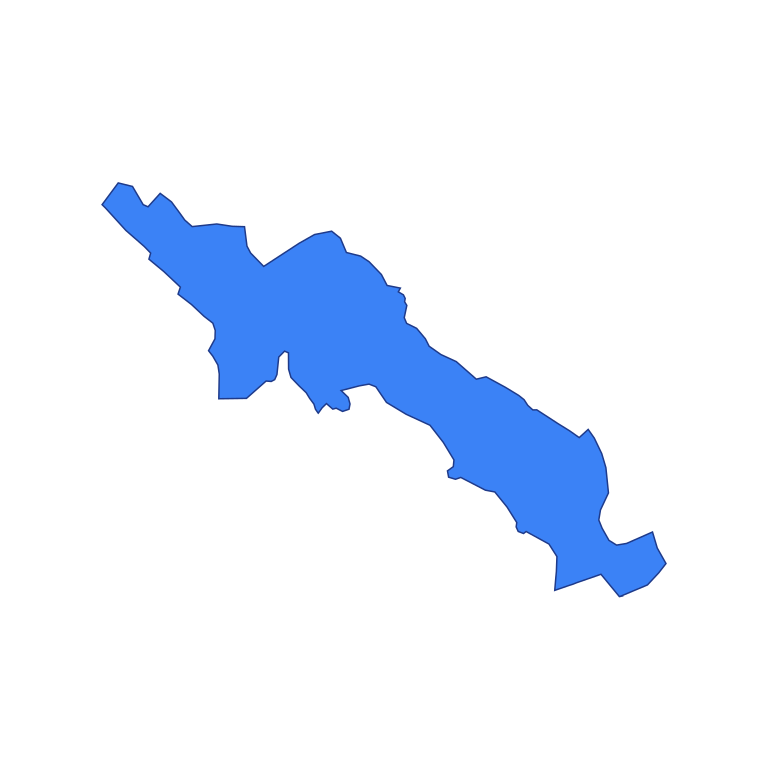 Medani Al Kubra, Gezira, Sudan, rotated 338°
{"feature_id": "16777658B51514444411297", "entity_name": "Medani Al Kubra", "entity_type": "district", "adm_level": 2, "iso_a3": "SDN", "parent_name": "Sudan", "parent_adm1": "Gezira", "projection": "mercator", "projection_center": [33.605, 14.33], "detail": "fine", "context": "isolated", "style": "filled", "palette": "blue", "viewbox_px": 768, "rotation_deg": 338, "n_neighbors": 0, "source": "geoboundaries", "source_scale": "gbopen_adm2", "svg_char_len": 1922}
<svg xmlns="http://www.w3.org/2000/svg" viewBox="0 0 768 768"><g transform="rotate(338 384 384)"><path d="M465.0,639.3L480.2,640.1L484.1,640.4L488.0,640.4L513.9,641.7L522.6,669.3L526.6,670.0L523.0,669.4L553.0,669.0L568.0,662.0L578.2,656.1L575.9,638.5L577.5,621.8L549.2,622.7L539.3,620.5L534.0,613.2L532.2,599.4L532.2,590.6L537.5,581.9L551.3,569.1L558.4,544.7L559.8,530.1L558.7,512.9L556.3,502.6L544.9,506.8L538.6,497.0L530.4,485.8L516.0,465.2L512.3,463.8L509.3,457.7L508.0,451.0L504.6,445.0L495.2,432.4L481.4,415.6L471.4,414.1L459.4,390.3L456.2,386.9L447.8,378.0L440.0,365.9L439.3,357.6L435.1,344.6L427.7,336.3L427.6,330.1L434.6,319.7L433.9,315.5L435.7,312.6L435.4,308.6L431.8,303.9L435.1,301.2L423.8,293.8L422.6,281.5L416.0,265.1L410.3,256.7L398.4,248.0L398.2,232.5L392.7,222.7L375.6,219.4L358.2,221.7L316.5,229.9L309.4,212.6L308.6,204.8L313.6,185.9L302.3,180.9L288.9,173.0L265.1,166.2L260.7,157.4L258.6,148.8L255.2,135.6L247.9,123.4L231.6,131.3L227.9,127.5L224.8,106.6L212.9,98.0L189.8,112.1L191.7,116.5L202.2,144.9L213.2,166.6L216.7,175.2L212.8,180.2L221.9,197.1L231.5,217.9L226.7,223.5L235.3,238.2L242.5,253.8L248.1,263.5L247.6,271.1L244.2,278.8L233.8,287.4L235.7,294.1L237.1,304.2L235.0,313.0L225.3,335.8L251.1,345.8L275.8,337.1L280.4,339.4L284.3,339.0L288.3,335.1L296.5,319.6L304.1,316.3L307.1,319.3L301.1,334.5L300.2,343.1L304.5,353.8L308.6,362.9L309.7,369.5L311.5,376.4L311.0,381.7L311.9,385.7L312.1,386.4L312.5,386.2L317.7,382.9L323.3,380.6L327.1,388.1L330.6,388.5L335.3,393.9L342.1,394.3L345.0,389.8L345.8,383.0L341.8,374.0L360.5,376.5L370.1,378.5L375.4,383.5L379.4,402.0L387.3,412.5L393.3,420.5L411.2,439.5L417.1,460.3L420.4,480.6L417.3,486.6L410.3,488.3L409.0,494.6L414.6,499.1L420.2,499.4L438.2,520.4L446.3,525.6L452.0,544.2L455.2,562.2L453.0,566.0L453.2,571.0L457.4,574.9L460.5,574.0L477.0,594.2L479.7,608.8L473.6,622.4L470.0,629.4L465.0,639.3Z" fill="#3b82f6" stroke="#1e3a8a" stroke-width="1.5"/></g></svg>